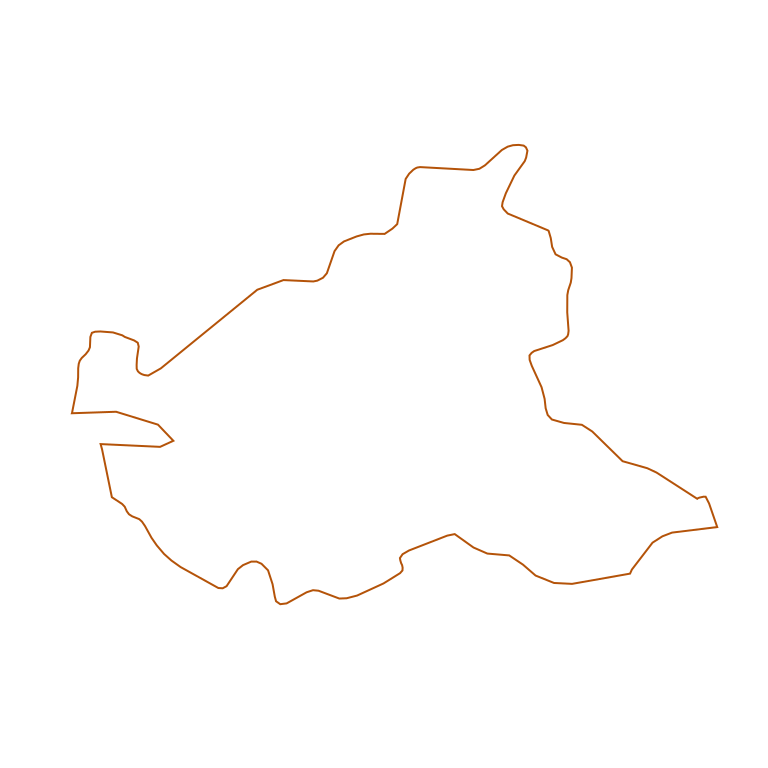 an SVG outline of Hamburg, rotated 353°
{"feature_id": "DEU-1578", "entity_name": "Hamburg", "entity_type": "State", "adm_level": 1, "iso_a3": "DEU", "parent_name": "Germany", "parent_adm1": "", "projection": "natural_earth1", "projection_center": [10.019, 53.566], "detail": "fine", "context": "isolated", "style": "outline", "palette": "amber", "viewbox_px": 768, "rotation_deg": 353, "n_neighbors": 0, "source": "natural_earth", "source_scale": "10m", "svg_char_len": 2287}
<svg xmlns="http://www.w3.org/2000/svg" viewBox="0 0 768 768"><g transform="rotate(353 384 384)"><path d="M95.4,409.1L154.1,419.1L168.0,414.7L154.7,396.8L114.7,378.9L70.7,375.0L70.8,374.8L79.4,348.5L81.2,340.2L82.4,331.1L83.5,326.7L84.9,323.8L87.2,321.3L91.5,318.1L94.8,314.8L96.6,311.7L98.3,301.5L100.3,297.6L103.7,296.9L108.9,297.3L121.3,299.8L130.2,303.8L132.5,305.7L141.3,310.3L144.6,313.0L145.1,316.9L141.9,328.6L140.8,334.9L140.4,338.8L141.3,341.4L142.4,342.8L143.6,343.9L145.1,344.9L147.2,345.9L151.0,346.9L164.4,341.3L269.7,275.0L296.9,268.6L326.3,273.6L330.4,273.3L336.4,271.1L340.8,267.1L351.1,246.1L355.9,240.8L361.7,237.6L374.8,234.2L382.2,233.1L388.8,233.2L402.9,235.1L411.3,230.8L416.6,226.9L430.5,183.1L434.6,178.3L439.2,174.9L441.7,173.7L443.4,173.2L446.2,173.1L498.8,182.5L504.9,182.0L510.8,179.3L529.5,166.1L535.7,163.5L541.1,162.7L546.9,163.1L551.7,164.4L553.7,166.4L554.8,169.9L552.7,176.5L550.9,179.9L538.8,193.0L528.2,209.5L523.9,218.0L522.8,221.9L524.1,225.2L527.6,229.9L565.5,251.5L566.1,252.2L567.3,259.5L567.6,268.4L570.1,276.2L575.9,280.2L580.5,282.4L583.4,285.8L584.7,291.4L583.0,301.7L581.7,306.2L578.3,313.3L576.8,318.1L574.6,335.2L573.7,353.7L572.8,357.2L571.9,358.9L569.7,360.7L566.9,362.3L556.2,365.9L537.1,369.6L534.3,371.1L531.9,373.4L531.5,377.8L532.9,384.0L540.0,406.4L541.6,418.3L541.5,427.8L542.7,434.7L546.3,439.7L557.9,444.6L575.4,448.6L584.9,456.5L611.4,489.7L635.1,499.7L643.7,505.1L680.9,536.1L681.7,535.6L683.3,535.2L687.5,534.8L689.5,535.1L692.1,542.2L697.3,566.6L651.8,566.6L641.8,569.1L631.2,574.2L607.4,598.4L605.1,602.2L546.3,605.3L528.5,602.2L511.1,592.6L499.9,580.2L487.4,569.4L465.9,564.9L452.9,557.2L435.9,541.6L428.3,542.2L388.5,552.3L381.7,555.2L378.6,558.7L378.7,561.1L379.2,564.0L379.9,566.0L380.1,568.6L379.6,571.3L376.9,573.7L359.2,581.9L331.5,590.7L320.8,592.1L313.5,591.5L293.8,581.2L288.4,580.0L281.8,581.3L260.6,589.9L254.2,589.9L250.4,586.5L249.7,581.8L249.0,569.1L246.2,554.8L240.5,547.5L235.8,544.7L230.6,544.1L222.0,546.6L216.4,550.0L203.1,565.5L199.0,567.1L194.7,566.3L159.8,540.9L151.5,533.3L145.0,525.9L138.8,516.5L134.5,508.3L129.5,495.9L127.0,491.1L124.6,488.3L118.0,484.7L115.0,482.2L113.2,479.0L111.7,474.2L109.5,471.2L100.1,463.2L96.2,414.5L95.4,409.1Z" fill="none" stroke="#b45309" stroke-width="2"/></g></svg>